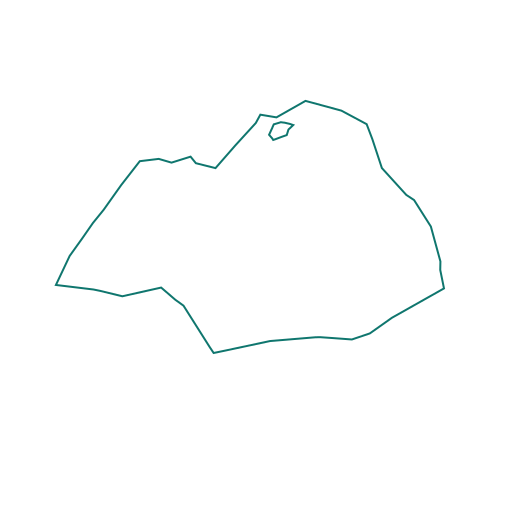 outline of Su'xbaatar, Sühbaatar, Mongolia, rotated 139°
{"feature_id": "93677404B60668792208012", "entity_name": "Su'xbaatar", "entity_type": "district", "adm_level": 2, "iso_a3": "MNG", "parent_name": "Mongolia", "parent_adm1": "Sühbaatar", "projection": "mercator", "projection_center": [113.619, 46.984], "detail": "fine", "context": "isolated", "style": "outline", "palette": "teal", "viewbox_px": 512, "rotation_deg": 139, "n_neighbors": 0, "source": "geoboundaries", "source_scale": "gbopen_adm2", "svg_char_len": 1052}
<svg xmlns="http://www.w3.org/2000/svg" viewBox="0 0 512 512"><g transform="rotate(139 256 256)"><path d="M357.4,387.9L375.6,383.3L396.6,378.3L426.0,365.4L400.6,337.3L396.4,331.8L383.3,313.3L348.3,294.4L345.6,275.9L343.3,266.1L350.7,217.6L351.6,210.6L341.1,204.7L301.2,182.6L264.5,155.7L260.9,152.7L251.6,143.4L238.4,130.1L220.9,122.9L193.9,120.2L135.4,108.2L126.1,124.6L120.4,130.9L104.7,163.5L100.0,194.5L102.5,203.5L103.3,239.8L91.6,267.7L86.0,282.9L96.2,309.7L116.9,340.6L149.6,347.2L160.0,359.8L168.9,356.5L199.2,353.0L228.9,348.9L240.5,365.5L240.2,373.9L258.5,381.9L265.7,393.1L281.5,403.8L311.1,398.0L340.8,390.8L357.4,387.9ZM162.2,340.9L161.6,341.2L160.1,341.8L159.0,342.4L156.2,343.7L155.8,343.5L153.8,342.6L150.7,341.2L149.5,340.7L148.2,339.2L146.9,337.8L145.9,336.4L145.7,336.1L143.8,333.5L142.0,330.4L146.4,330.2L147.9,330.2L148.5,330.1L148.8,330.0L151.5,328.3L153.5,327.1L157.0,328.5L159.3,329.4L165.0,331.5L166.9,332.3L166.6,334.1L166.6,336.0L166.6,338.3L166.6,338.9L162.2,340.9Z" fill="none" stroke="#0f766e" stroke-width="2"/></g></svg>